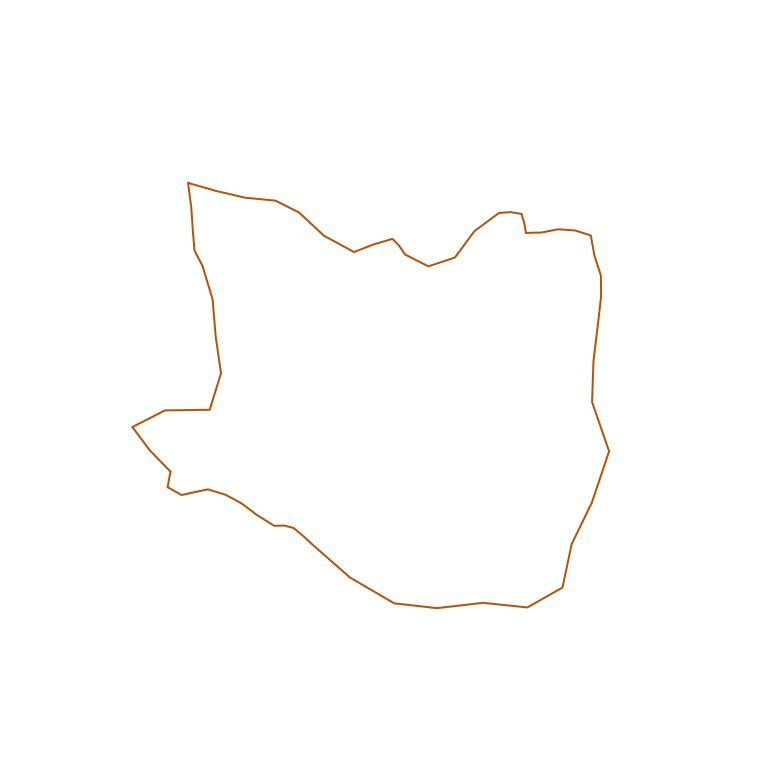 İsmayıllı, Equal Earth projection, rotated 67°
{"feature_id": "AZE-1705", "entity_name": "İsmayıllı", "entity_type": "District", "adm_level": 1, "iso_a3": "AZE", "parent_name": "Azerbaijan", "parent_adm1": "", "projection": "equal_earth", "projection_center": [48.077, 40.788], "detail": "fine", "context": "isolated", "style": "outline", "palette": "amber", "viewbox_px": 768, "rotation_deg": 67, "n_neighbors": 0, "source": "natural_earth", "source_scale": "10m", "svg_char_len": 921}
<svg xmlns="http://www.w3.org/2000/svg" viewBox="0 0 768 768"><g transform="rotate(67 384 384)"><path d="M381.3,614.8L353.6,625.5L325.3,632.4L322.7,596.0L339.6,554.5L310.5,529.9L274.0,520.2L239.0,508.7L204.3,504.9L187.1,506.3L169.5,500.5L146.1,492.4L122.3,485.8L140.9,462.9L158.4,438.8L172.7,412.4L192.8,395.3L224.1,381.3L250.8,360.1L251.4,339.4L253.7,319.5L262.7,316.0L272.9,314.1L293.0,297.3L295.3,269.3L278.6,241.0L271.5,211.4L275.2,200.4L281.2,191.0L291.0,192.1L300.4,194.3L306.1,179.9L309.6,163.3L317.4,148.0L328.1,135.6L348.4,140.2L369.0,142.0L388.5,150.1L407.8,161.0L444.5,182.1L481.9,199.5L533.9,203.1L574.4,239.0L604.8,273.9L641.1,299.2L645.7,339.3L624.1,378.4L611.0,422.9L589.9,460.3L548.9,490.9L504.1,512.5L492.5,517.7L481.1,523.6L475.1,531.6L471.7,540.4L455.5,551.8L438.1,561.9L424.2,573.0L412.2,587.2L409.5,600.9L407.1,613.7L394.4,623.5L381.3,614.8Z" fill="none" stroke="#b45309" stroke-width="2"/></g></svg>